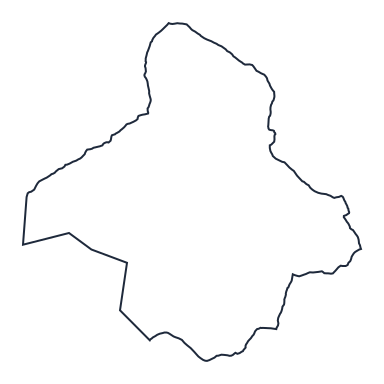 Samtse, Samchi, Bhutan
{"feature_id": "84629894B59986753144737", "entity_name": "Samtse", "entity_type": "district", "adm_level": 2, "iso_a3": "BTN", "parent_name": "Bhutan", "parent_adm1": "Samchi", "projection": "mercator", "projection_center": [89.139, 26.92], "detail": "fine", "context": "isolated", "style": "outline", "palette": "slate", "viewbox_px": 384, "rotation_deg": 0, "n_neighbors": 0, "source": "geoboundaries", "source_scale": "gbopen_adm2", "svg_char_len": 5257}
<svg xmlns="http://www.w3.org/2000/svg" viewBox="0 0 384 384"><path d="M26.2,202.3L23.0,244.7L69.0,233.0L91.4,249.5L127.0,262.8L120.0,310.3L149.8,340.3L150.3,339.4L151.7,338.5L152.9,337.4L155.3,336.1L157.2,334.8L159.8,333.7L162.5,333.1L164.5,332.5L166.4,332.5L168.0,332.9L169.7,333.9L171.4,335.0L173.5,336.4L175.4,337.2L178.7,338.3L181.9,339.9L182.5,340.6L184.2,342.6L184.8,343.2L187.3,345.4L190.7,348.1L194.3,351.9L196.5,354.4L198.4,356.5L200.6,358.2L203.1,359.9L205.1,360.7L207.0,360.9L209.4,360.1L212.0,358.8L214.5,357.6L216.6,355.8L218.3,355.7L221.4,354.7L224.1,354.9L227.6,355.3L229.4,355.8L231.2,355.7L232.9,354.9L234.0,353.9L235.4,352.8L237.4,353.8L239.6,353.1L241.7,351.7L242.9,351.2L243.5,350.0L244.2,349.2L245.6,347.6L245.5,346.0L246.0,344.5L247.2,342.8L248.0,341.3L249.6,339.5L250.8,338.3L252.5,335.8L253.4,335.0L254.2,333.6L254.7,332.2L255.3,331.0L256.6,329.6L257.2,329.0L258.6,328.8L260.5,327.8L261.6,328.0L262.8,327.9L271.0,328.3L276.3,329.1L276.6,327.8L277.5,326.3L278.0,325.5L278.4,323.3L277.8,320.5L278.2,318.0L278.9,316.3L280.2,313.5L280.8,312.8L281.5,311.1L282.1,309.0L282.5,306.6L284.0,304.6L284.2,303.7L284.3,302.5L284.4,300.7L284.3,299.6L284.8,298.0L285.3,296.9L285.9,294.6L285.8,293.5L286.3,291.4L286.9,289.9L287.2,288.8L287.5,287.9L288.3,287.5L288.7,286.5L289.3,284.9L289.7,284.1L290.4,283.0L291.2,281.7L291.7,280.6L292.8,274.3L294.7,275.1L296.6,275.7L298.2,276.1L299.2,276.3L301.1,275.7L302.8,275.1L304.1,274.6L305.7,274.1L308.3,272.9L309.8,272.3L311.6,272.4L313.0,272.5L315.7,272.2L318.4,271.9L321.9,271.3L323.2,272.2L324.3,273.2L325.9,273.3L327.7,273.3L329.6,273.5L331.0,273.7L332.9,273.4L334.1,272.1L335.2,271.0L336.5,269.5L337.8,268.0L338.4,267.3L340.7,265.7L342.5,266.0L343.6,266.0L345.7,266.0L347.6,265.0L348.5,262.7L350.2,261.2L350.7,260.1L351.2,258.7L351.6,256.9L352.2,255.8L353.8,253.3L355.0,252.1L356.4,251.2L358.6,249.9L359.3,249.5L361.0,249.0L360.5,247.6L360.0,245.3L359.0,243.3L358.8,241.1L358.6,239.6L357.9,237.2L357.0,235.7L355.5,233.8L354.8,232.7L353.0,230.1L351.4,229.3L350.0,228.1L349.8,226.5L348.3,223.5L346.8,221.7L345.8,220.0L344.7,218.4L343.8,217.2L343.9,215.9L346.2,215.1L348.0,213.8L349.0,213.2L349.2,212.2L348.6,210.7L348.4,209.6L348.3,208.6L347.6,207.8L347.3,206.2L346.9,205.4L346.3,204.2L345.7,203.2L345.3,201.8L344.4,200.5L343.8,199.0L343.1,197.3L342.5,196.6L341.2,195.9L339.0,196.9L336.3,197.3L334.3,197.9L332.8,197.3L330.5,195.8L328.1,195.0L326.3,194.2L324.0,193.9L321.4,193.6L318.2,192.8L314.6,191.2L312.3,189.6L310.2,187.7L308.7,185.3L306.4,184.1L303.9,181.8L302.3,181.3L299.3,178.1L297.0,175.6L293.8,170.9L292.2,169.8L289.4,167.5L287.2,165.1L284.5,162.3L282.1,161.8L275.8,158.7L272.8,156.0L272.3,154.5L271.3,152.8L270.4,151.0L269.8,148.0L269.8,145.3L271.3,144.6L272.4,143.5L274.2,141.7L274.5,139.4L274.4,136.4L274.6,135.1L275.4,134.1L275.1,133.0L274.4,132.5L274.2,131.6L273.9,130.8L272.7,130.3L271.5,130.2L270.0,129.9L269.2,129.6L268.5,128.5L268.3,127.2L268.1,126.3L268.3,125.4L268.5,122.1L268.7,118.6L269.2,116.6L270.1,115.7L270.6,113.6L270.7,111.9L270.4,109.5L270.5,107.3L271.1,104.8L271.9,103.4L272.4,101.5L273.4,100.5L273.9,98.9L274.4,96.9L274.4,95.6L274.2,93.4L274.1,91.8L273.2,90.8L272.2,89.5L271.4,88.2L270.0,85.6L269.4,83.6L268.5,82.2L267.5,80.5L267.0,78.3L266.0,76.7L264.3,74.7L261.1,73.3L258.6,71.8L256.5,70.8L254.8,68.3L253.3,66.2L252.2,65.0L249.6,64.4L245.0,64.6L242.9,63.4L242.3,62.7L239.0,60.6L237.2,59.1L235.1,57.4L233.4,56.3L232.2,54.4L229.9,52.4L227.2,51.1L225.7,49.3L223.3,47.6L221.5,46.3L218.3,45.0L216.6,43.8L213.8,42.6L211.3,41.2L209.7,40.6L207.1,39.6L204.2,38.2L200.8,35.9L199.9,34.8L197.7,33.5L195.1,31.6L192.3,30.1L190.9,28.8L189.7,27.3L187.8,25.5L186.7,24.4L184.5,24.0L182.3,23.6L179.8,23.5L177.3,23.2L174.6,23.7L172.4,24.0L170.2,23.7L168.7,23.1L168.0,23.9L167.4,24.7L164.2,27.8L163.3,28.7L161.2,30.7L159.2,32.3L157.7,33.4L155.9,34.6L155.2,35.7L153.4,37.9L152.3,40.0L152.0,41.3L150.7,42.4L149.7,46.1L149.0,48.0L147.9,51.0L147.2,52.4L146.5,55.5L145.7,58.4L145.7,59.8L145.6,61.3L146.1,62.1L146.0,62.9L145.6,63.8L145.0,65.5L145.0,66.6L145.4,67.5L145.6,68.4L145.8,70.6L145.9,71.5L145.1,73.5L144.6,74.2L144.4,75.2L144.8,76.7L145.9,78.1L146.7,79.7L147.4,81.5L147.8,84.0L147.9,85.3L148.5,87.9L149.2,91.1L149.1,93.4L149.8,96.2L150.3,97.9L150.7,99.3L150.7,100.8L150.2,102.5L149.4,104.4L149.2,105.3L148.8,106.4L148.5,107.3L147.6,108.4L147.7,110.9L148.2,112.6L148.1,113.5L145.1,114.3L142.5,114.7L141.0,115.1L138.5,115.9L137.8,117.4L137.6,119.0L136.0,120.4L133.4,121.8L131.6,122.6L129.7,123.5L127.9,123.8L126.5,124.4L125.5,125.7L124.1,127.3L121.8,129.3L120.6,130.2L119.4,131.5L117.4,132.7L115.5,133.7L115.0,134.3L113.3,134.8L111.9,135.3L111.4,136.6L111.0,139.1L110.6,140.7L109.3,141.8L108.6,142.5L107.0,142.2L106.0,142.4L104.3,143.1L103.2,144.0L102.4,145.4L100.9,145.9L99.9,146.3L98.5,146.6L95.6,147.3L93.4,147.8L92.3,148.6L90.4,149.2L88.8,149.4L87.2,149.6L86.1,151.0L85.2,152.7L84.7,154.2L83.3,155.6L81.5,157.5L79.9,158.7L78.4,159.3L76.3,160.6L74.0,161.4L73.0,161.7L69.6,163.6L66.9,164.7L65.4,164.8L64.5,166.5L62.1,168.3L58.7,169.1L55.8,171.5L54.8,172.7L53.3,173.6L51.4,174.2L50.6,175.0L49.5,175.8L46.6,177.7L45.0,178.4L42.8,179.5L39.2,181.4L37.5,183.4L36.1,185.8L34.2,189.6L31.2,191.7L29.1,192.2L27.7,193.3L26.6,197.0L26.2,202.3Z" fill="none" stroke="#1e293b" stroke-width="2"/></svg>